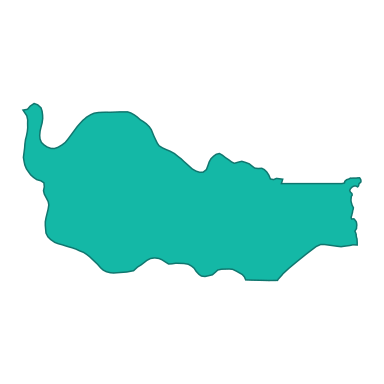 Anamã, Amazonas, Brazil (Albers equal-area conic projection)
{"feature_id": "56859067B85259643543975", "entity_name": "Anamã", "entity_type": "district", "adm_level": 2, "iso_a3": "BRA", "parent_name": "Brazil", "parent_adm1": "Amazonas", "projection": "albers", "projection_center": [-61.675, -3.474], "detail": "fine", "context": "isolated", "style": "filled", "palette": "teal", "viewbox_px": 384, "rotation_deg": 0, "n_neighbors": 0, "source": "geoboundaries", "source_scale": "gbopen_adm2", "svg_char_len": 3208}
<svg xmlns="http://www.w3.org/2000/svg" viewBox="0 0 384 384"><path d="M351.7,203.7L351.3,202.4L351.0,201.0L351.0,199.3L351.2,197.8L351.3,196.4L352.2,195.1L351.9,193.5L350.4,192.1L349.7,190.4L350.4,188.9L351.5,187.6L352.5,186.8L353.7,186.2L355.1,185.9L356.3,186.2L357.6,186.9L358.5,185.9L359.1,183.6L360.7,182.3L361.0,181.1L360.7,179.5L359.6,177.8L357.5,177.9L356.1,178.1L354.2,178.1L352.9,178.1L351.6,178.2L350.4,178.1L348.9,179.0L346.6,179.7L344.8,181.3L344.5,182.9L342.9,183.4L341.5,183.6L296.4,183.6L281.4,183.6L282.7,179.2L276.5,178.4L273.6,179.6L270.4,179.0L268.8,175.1L266.7,171.9L264.3,169.6L261.8,168.3L258.1,168.5L254.7,168.1L252.1,166.1L249.2,163.8L245.4,162.4L241.8,161.3L238.1,162.2L234.3,163.3L231.5,161.9L228.9,159.9L225.4,157.6L222.4,155.2L219.4,153.5L216.2,154.3L213.6,156.2L211.0,158.7L209.2,161.9L208.0,165.4L206.4,169.6L203.1,172.2L199.7,172.3L196.0,171.1L192.3,169.0L186.4,163.7L183.9,161.5L181.0,158.7L178.3,156.7L174.5,153.6L170.1,151.2L166.2,149.6L162.5,147.9L159.1,145.8L157.3,143.2L155.5,139.5L153.9,136.1L151.3,129.7L149.3,126.8L146.3,123.8L143.3,121.6L140.2,119.7L137.2,117.0L134.1,114.8L130.9,113.0L127.7,111.9L123.8,111.9L119.7,111.9L114.8,112.1L109.9,112.3L106.2,112.2L102.8,112.3L98.5,112.5L94.1,113.2L90.9,114.6L86.5,117.2L84.9,118.7L82.9,120.3L79.5,124.0L77.3,126.5L74.8,129.9L72.3,133.3L70.0,136.4L67.6,139.6L65.2,142.5L61.9,145.0L58.0,147.3L54.5,148.5L50.9,148.4L47.1,147.0L44.0,144.9L41.4,142.4L40.0,138.9L39.7,135.4L40.1,131.0L41.0,127.1L42.1,122.9L42.7,118.5L42.6,115.1L42.1,111.2L41.0,107.8L37.7,104.8L34.1,103.5L30.2,106.1L27.5,109.3L23.0,110.1L26.8,115.8L27.7,119.9L27.6,123.6L27.7,127.8L27.3,131.6L26.4,136.2L25.5,139.6L24.9,144.0L24.6,148.1L23.4,157.4L24.1,161.5L24.8,164.9L26.4,168.8L28.6,172.0L30.7,174.9L33.5,177.4L36.7,179.6L40.9,180.8L43.9,182.8L44.3,186.8L43.5,190.7L44.3,194.1L48.2,201.6L48.8,204.9L48.1,209.3L46.0,217.9L45.3,221.7L45.3,225.4L45.6,228.9L46.0,233.1L47.9,236.8L50.6,239.5L54.8,242.4L58.2,243.7L62.3,244.8L65.6,245.9L68.9,246.9L72.2,247.8L74.5,248.6L76.0,249.1L79.3,250.7L83.6,252.4L86.8,254.5L89.6,256.7L92.0,259.0L97.5,264.2L100.7,267.9L103.2,270.1L106.3,271.7L110.2,272.7L113.5,273.0L126.8,272.0L133.6,270.7L137.6,267.0L141.2,264.8L147.0,260.3L150.5,258.5L154.6,257.9L156.9,258.2L159.0,258.5L162.0,259.8L165.1,261.8L168.6,264.0L172.0,263.8L175.9,263.2L184.0,263.5L188.1,264.2L189.1,264.7L191.7,266.2L194.2,268.3L196.1,271.3L198.9,274.3L200.7,275.6L201.7,276.1L205.0,276.5L208.2,275.8L212.4,274.8L215.4,272.2L217.8,270.0L221.5,269.2L229.2,269.0L232.6,269.3L236.3,271.1L242.3,274.5L244.4,276.9L245.7,279.9L251.6,280.1L261.6,280.3L268.6,280.5L277.5,280.4L278.1,279.3L282.0,275.0L282.9,273.8L289.2,268.0L297.4,261.2L304.1,255.8L306.2,254.1L309.6,251.5L316.2,246.5L320.6,244.5L322.5,244.5L324.6,244.5L337.5,246.3L341.1,246.7L344.5,246.2L349.8,245.5L352.9,244.8L355.3,244.9L357.2,245.0L357.2,242.6L357.0,238.9L356.5,237.4L356.2,235.8L356.2,234.5L355.7,232.9L354.9,231.2L355.5,230.1L356.5,228.6L356.6,226.7L356.8,225.1L356.6,223.3L356.3,221.9L355.3,220.4L353.9,218.8L351.6,219.0L351.1,217.2L351.7,215.5L352.0,214.1L352.5,212.3L352.7,210.7L353.2,209.1L353.4,207.7L352.1,205.2L351.7,203.7Z" fill="#14b8a6" stroke="#0f766e" stroke-width="1.5"/></svg>